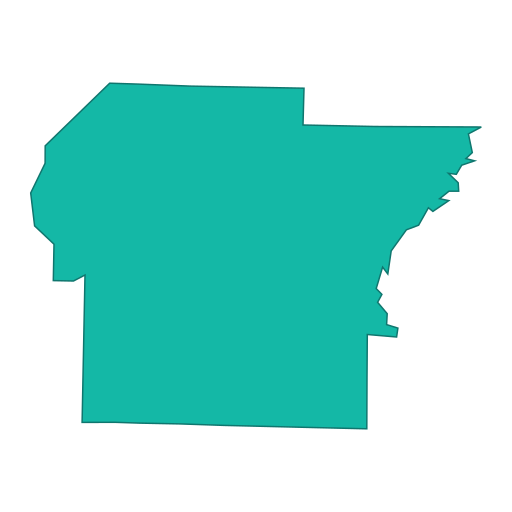 Independence, Arkansas, United States of America (Natural Earth projection)
{"feature_id": "52423323B87068688197244", "entity_name": "Independence", "entity_type": "district", "adm_level": 2, "iso_a3": "USA", "parent_name": "United States of America", "parent_adm1": "Arkansas", "projection": "natural_earth1", "projection_center": [-91.46, 35.735], "detail": "fine", "context": "isolated", "style": "filled", "palette": "teal", "viewbox_px": 512, "rotation_deg": 0, "n_neighbors": 0, "source": "geoboundaries", "source_scale": "gbopen_adm2", "svg_char_len": 718}
<svg xmlns="http://www.w3.org/2000/svg" viewBox="0 0 512 512"><path d="M82.1,422.4L114.9,422.3L139.3,423.1L180.0,423.9L224.4,425.4L366.8,428.8L367.0,378.2L367.3,334.5L396.6,337.0L397.9,328.1L386.6,324.6L387.2,313.7L377.6,302.3L381.9,294.4L376.2,288.6L382.6,267.1L387.8,274.0L391.2,250.9L406.4,229.8L418.6,225.2L428.4,207.8L432.9,211.4L448.8,200.6L439.6,198.7L449.0,191.2L458.7,191.2L458.2,182.8L448.4,173.3L456.3,174.3L461.7,165.2L474.6,160.8L465.9,158.6L472.3,152.6L468.4,133.9L481.3,127.0L375.0,126.5L303.0,125.0L304.0,88.2L190.2,86.1L138.3,84.1L109.7,83.2L45.2,145.8L45.1,163.3L30.7,193.0L34.6,225.9L54.0,244.2L53.3,280.6L73.5,281.0L85.0,275.0L82.1,422.4Z" fill="#14b8a6" stroke="#0f766e" stroke-width="1.5"/></svg>